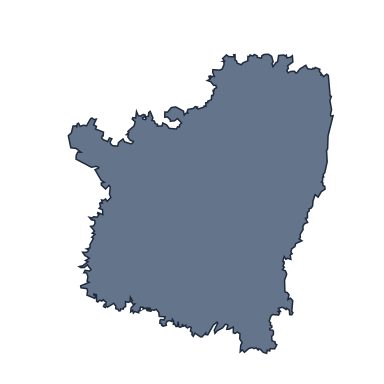 the district of Sunamganj, Sylhet, Bangladesh, rotated 99°
{"feature_id": "16705992B61059366245275", "entity_name": "Sunamganj", "entity_type": "district", "adm_level": 2, "iso_a3": "BGD", "parent_name": "Bangladesh", "parent_adm1": "Sylhet", "projection": "mercator", "projection_center": [91.358, 24.888], "detail": "fine", "context": "isolated", "style": "filled", "palette": "slate", "viewbox_px": 384, "rotation_deg": 99, "n_neighbors": 0, "source": "geoboundaries", "source_scale": "gbopen_adm2", "svg_char_len": 5959}
<svg xmlns="http://www.w3.org/2000/svg" viewBox="0 0 384 384"><g transform="rotate(99 192 192)"><path d="M310.3,279.6L312.3,271.4L309.6,270.7L309.0,273.0L308.1,273.0L308.4,270.3L314.9,269.1L315.4,267.8L313.3,266.3L313.9,264.0L311.7,262.5L312.7,262.6L314.2,259.6L316.6,259.6L316.5,260.9L318.9,261.5L319.7,259.5L318.2,258.7L318.9,257.4L314.2,251.9L316.7,249.3L319.2,249.1L319.5,246.8L320.9,245.5L320.4,244.1L318.6,244.3L318.4,241.5L316.7,241.4L315.6,239.6L310.6,240.5L311.0,237.7L310.1,236.1L305.5,236.4L308.6,233.9L309.6,235.1L312.0,232.6L311.6,231.0L315.9,234.0L320.0,233.8L318.2,232.1L320.7,231.0L319.0,229.9L319.6,225.7L318.1,226.1L317.1,224.3L316.8,225.2L313.7,224.8L313.7,221.8L315.3,222.0L313.8,219.0L313.3,214.4L313.7,216.2L314.4,215.2L314.9,218.6L316.1,217.8L316.2,213.9L314.8,213.4L314.6,210.4L313.4,209.1L316.1,206.0L320.0,204.9L319.5,198.9L322.7,199.6L322.8,202.8L323.7,203.5L326.7,203.2L327.2,201.0L328.5,201.0L329.1,199.6L327.7,196.5L326.0,197.2L323.4,196.3L322.6,194.0L323.1,191.5L320.7,191.5L322.7,189.8L325.6,189.7L325.1,188.6L327.4,186.7L327.1,185.6L322.2,185.3L326.9,184.2L327.5,182.6L326.2,180.5L323.9,180.9L325.9,179.5L324.6,177.3L325.8,177.3L327.0,175.2L325.5,173.6L325.9,171.6L329.6,171.8L330.7,169.8L332.9,169.8L334.4,168.2L331.0,167.0L333.8,160.8L333.5,159.4L329.0,156.4L330.7,155.9L330.6,154.1L320.0,150.1L316.6,146.8L317.6,146.1L325.0,148.4L328.0,147.2L325.1,145.4L321.4,140.5L317.4,138.3L317.4,136.8L317.8,135.8L322.2,136.2L321.7,133.9L318.9,130.1L324.6,129.2L325.0,127.5L323.2,125.3L324.6,122.4L329.5,121.9L333.0,119.0L335.7,119.9L342.3,119.4L340.1,117.6L342.1,115.1L337.7,111.4L336.2,108.1L337.0,106.4L335.9,104.2L338.2,101.4L336.8,102.3L336.5,100.1L339.1,96.8L339.7,93.1L336.4,92.9L336.9,90.4L334.5,90.3L334.0,85.8L329.6,84.3L328.8,86.1L327.1,86.4L326.3,89.8L322.1,90.7L320.2,89.4L317.3,89.6L315.8,90.6L316.2,93.4L314.7,93.9L313.3,92.0L311.7,92.2L311.1,93.9L308.9,93.9L307.5,95.6L302.1,94.6L300.4,93.2L300.0,87.2L297.8,86.5L296.6,88.2L296.1,86.0L293.4,88.5L292.2,86.1L291.8,84.0L293.4,80.8L292.0,80.6L293.5,77.3L297.8,76.4L297.7,74.3L295.5,73.4L294.1,74.8L283.5,75.5L281.4,78.2L283.2,80.4L278.3,80.1L276.4,82.2L276.1,84.6L264.6,86.8L258.3,85.6L255.2,87.4L254.6,90.5L251.8,89.1L250.8,90.6L248.2,89.8L246.6,90.1L246.7,91.2L243.8,91.2L241.4,90.8L243.8,88.7L242.5,87.1L243.1,83.8L238.8,85.2L237.3,83.4L236.0,84.9L232.6,84.7L229.8,81.8L226.8,81.6L223.0,75.8L221.6,78.9L220.1,77.9L217.0,78.6L211.7,76.4L208.7,77.1L205.8,76.0L204.0,73.0L200.3,75.8L199.5,73.9L194.1,74.8L192.4,73.3L190.3,73.7L189.2,71.7L186.9,70.7L182.0,71.1L175.3,70.0L177.4,66.7L171.4,64.3L168.4,61.0L165.5,61.8L165.3,63.5L162.3,64.3L162.0,65.7L160.7,64.8L156.7,65.2L156.6,64.3L154.3,65.2L152.2,63.9L141.1,63.2L129.9,65.6L128.3,64.8L115.2,66.4L94.5,64.6L95.3,66.7L93.8,67.4L89.1,67.0L79.9,70.1L75.7,69.3L75.5,70.6L55.5,75.6L54.5,77.4L57.5,80.2L56.0,81.4L56.3,83.0L54.8,82.7L53.0,85.1L50.8,84.9L49.7,89.8L51.2,90.5L50.8,91.9L52.1,92.7L52.2,97.1L49.0,99.4L53.6,104.7L57.8,107.0L58.2,108.1L56.7,109.7L57.5,113.4L59.2,115.7L57.3,117.3L54.7,116.2L52.4,117.3L47.8,112.7L41.7,114.2L43.5,115.9L44.7,119.2L42.1,120.3L43.1,121.2L42.3,122.7L43.6,127.8L50.2,127.8L50.9,129.3L55.6,131.6L52.8,133.1L50.8,132.2L45.5,134.6L44.0,138.0L44.9,142.5L46.7,144.4L49.0,144.3L48.8,148.7L47.3,149.0L46.4,152.0L48.2,153.3L47.6,156.1L49.2,156.4L49.3,158.0L53.7,157.4L56.4,161.8L58.6,163.3L57.7,167.6L55.6,168.5L55.0,170.1L49.6,171.0L50.0,172.3L51.9,171.1L52.5,177.0L51.2,179.4L55.4,182.6L57.7,180.3L58.2,181.8L58.4,180.8L61.1,180.3L65.9,181.5L67.3,183.8L67.9,190.5L70.6,190.3L74.4,187.9L74.6,190.1L76.2,191.2L74.4,191.8L75.1,193.4L78.0,192.0L79.5,194.3L80.2,190.7L83.3,187.2L83.0,185.2L85.1,184.0L86.8,186.2L88.7,186.2L88.6,187.1L91.2,186.0L93.5,186.5L93.6,187.7L97.8,187.3L99.9,190.7L101.2,190.3L101.7,192.4L105.2,191.6L105.1,193.5L106.3,193.6L109.1,199.0L108.3,200.6L107.3,199.9L107.1,202.2L109.2,203.6L111.0,208.8L113.6,209.4L114.6,208.4L115.0,210.2L117.2,211.7L113.4,213.1L110.5,221.4L111.9,225.7L117.0,228.7L117.2,231.3L122.4,230.6L121.7,228.1L124.1,224.7L125.5,224.5L124.4,220.3L121.7,217.9L125.5,213.0L127.7,214.8L129.7,214.6L129.8,216.4L132.2,217.3L132.7,224.4L129.7,227.6L128.4,231.7L131.5,231.9L132.3,236.6L130.6,236.6L130.2,238.9L127.8,240.4L127.5,242.8L125.0,242.2L118.9,245.9L120.3,247.2L124.0,246.9L125.2,250.0L127.0,248.7L127.9,249.6L127.6,252.0L126.5,252.6L124.8,250.1L123.4,250.2L123.0,252.1L125.0,254.8L125.1,257.0L121.2,259.4L127.7,259.2L127.8,262.1L129.3,262.5L131.5,259.1L135.7,259.5L142.2,264.8L143.1,263.6L145.6,265.7L145.5,263.7L147.7,264.0L150.7,260.9L151.2,257.8L152.5,258.1L154.0,259.6L153.0,266.6L150.4,268.4L154.6,272.3L158.3,272.6L158.7,277.6L157.4,279.6L155.5,280.7L151.9,279.5L151.5,281.9L155.3,283.3L154.2,287.9L152.8,289.6L151.0,289.6L150.5,288.5L146.7,288.8L144.9,297.2L142.2,296.6L141.0,299.7L135.0,297.9L135.8,300.3L134.6,302.3L135.3,303.6L143.1,306.5L143.0,309.6L144.7,312.7L141.8,314.9L142.6,316.0L145.7,316.1L144.9,317.1L145.4,319.8L152.5,320.4L155.7,323.0L167.3,318.6L167.1,313.3L170.1,308.0L170.5,311.1L173.9,312.1L177.7,311.7L183.3,295.2L181.7,290.8L182.2,288.0L183.2,288.1L185.1,291.3L194.6,283.6L196.2,280.2L197.3,283.0L199.2,282.7L202.6,277.8L198.4,275.0L199.9,273.5L207.0,273.2L210.1,271.3L214.5,274.4L212.4,276.3L214.2,278.2L214.0,280.1L217.0,278.8L216.8,280.8L217.7,281.4L220.9,280.0L222.7,281.2L223.5,277.6L228.3,276.6L227.0,281.7L228.2,281.9L229.0,280.3L231.8,282.0L231.7,285.0L233.3,286.7L233.1,289.4L235.2,287.0L235.3,283.6L238.1,282.9L240.9,283.8L241.8,286.8L245.9,282.2L248.3,284.1L248.9,281.2L252.4,283.9L253.2,282.1L259.8,284.5L263.2,284.0L264.7,287.2L265.1,285.2L266.1,285.1L268.1,286.7L268.6,290.6L271.5,287.9L273.4,283.0L276.4,286.5L277.1,283.8L282.0,288.5L283.3,291.8L284.1,289.9L283.4,286.5L280.3,283.9L284.5,279.6L286.1,280.9L286.0,285.3L288.7,286.2L288.3,284.3L289.2,282.9L292.1,281.5L296.5,281.7L297.3,279.5L302.1,287.3L304.0,286.7L303.9,280.8L305.8,279.7L310.3,279.6Z" fill="#64748b" stroke="#1e293b" stroke-width="1.5"/></g></svg>